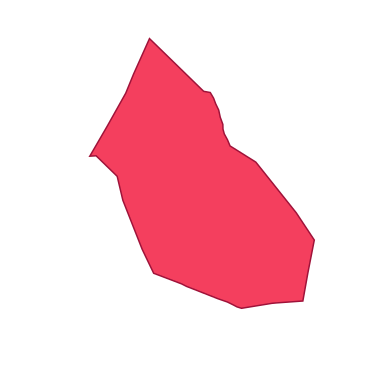 outline of Vila Nova do Piauí, Piauí, Brazil, rotated 147°
{"feature_id": "56859067B73920908376253", "entity_name": "Vila Nova do Piauí", "entity_type": "district", "adm_level": 2, "iso_a3": "BRA", "parent_name": "Brazil", "parent_adm1": "Piauí", "projection": "equal_earth", "projection_center": [-40.94, -7.206], "detail": "fine", "context": "isolated", "style": "filled", "palette": "rose", "viewbox_px": 384, "rotation_deg": 147, "n_neighbors": 0, "source": "geoboundaries", "source_scale": "gbopen_adm2", "svg_char_len": 604}
<svg xmlns="http://www.w3.org/2000/svg" viewBox="0 0 384 384"><g transform="rotate(147 192 192)"><path d="M115.6,85.1L115.9,117.7L122.2,182.3L135.0,209.9L133.8,216.5L133.3,223.1L131.8,227.8L129.3,231.9L127.6,239.3L125.0,246.1L124.1,253.1L122.8,258.9L122.5,265.5L127.4,270.1L144.1,343.8L176.8,322.7L193.7,311.0L227.2,293.4L258.2,277.7L252.7,274.6L246.2,245.9L254.5,222.7L265.0,171.0L266.1,162.6L268.4,144.7L250.7,120.5L248.0,115.8L228.4,88.4L222.2,80.4L219.1,75.2L216.8,71.1L213.8,67.5L185.6,55.1L181.6,53.0L158.4,40.2L139.2,60.7L115.6,85.1Z" fill="#f43f5e" stroke="#9f1239" stroke-width="1.5"/></g></svg>